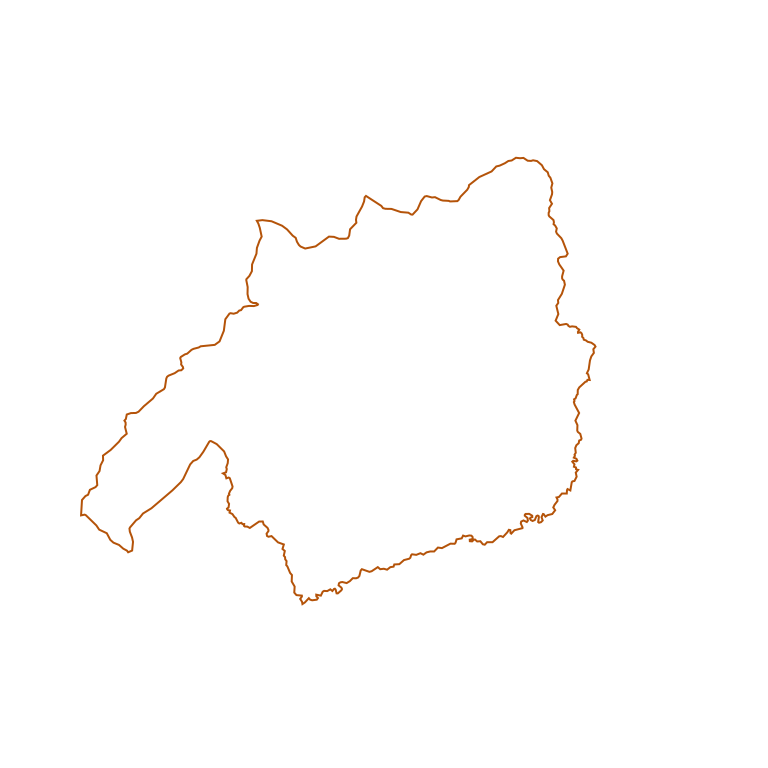 outline of Paime, Cundinamarca, Colombia, rotated 208°
{"feature_id": "7082276B96064980503158", "entity_name": "Paime", "entity_type": "district", "adm_level": 2, "iso_a3": "COL", "parent_name": "Colombia", "parent_adm1": "Cundinamarca", "projection": "orthographic", "projection_center": [-74.184, 5.386], "detail": "fine", "context": "isolated", "style": "outline", "palette": "amber", "viewbox_px": 768, "rotation_deg": 208, "n_neighbors": 0, "source": "geoboundaries", "source_scale": "gbopen_adm2", "svg_char_len": 6154}
<svg xmlns="http://www.w3.org/2000/svg" viewBox="0 0 768 768"><g transform="rotate(208 384 384)"><path d="M589.8,125.8L587.0,128.1L585.7,128.2L571.6,124.1L567.1,121.7L558.7,122.1L552.5,117.9L548.4,116.9L542.4,117.5L536.9,116.2L532.7,116.2L530.9,115.3L528.2,118.7L531.5,126.8L534.4,130.2L539.1,134.3L540.9,136.9L540.9,138.3L538.9,147.3L537.1,150.6L536.0,156.5L531.0,165.1L520.9,190.7L517.3,202.0L516.7,205.8L517.4,222.0L516.3,226.5L513.9,229.3L512.6,232.6L511.7,239.3L511.2,251.0L510.7,252.0L509.8,252.4L503.5,252.4L493.5,249.4L489.5,246.0L486.3,244.2L484.8,240.7L484.2,236.4L482.9,235.1L482.0,231.9L484.2,229.5L481.3,229.2L478.9,226.7L477.2,228.5L475.9,228.4L469.6,222.4L469.1,220.7L469.7,217.4L469.4,214.4L468.5,213.6L469.1,212.4L468.9,210.8L467.1,207.0L464.5,205.4L463.3,202.0L464.1,200.2L463.6,199.7L462.4,199.4L460.6,200.0L460.0,197.9L456.8,198.0L453.5,196.3L452.2,196.2L447.7,193.1L446.3,192.9L444.7,194.5L443.1,193.8L441.7,194.7L441.0,193.0L440.0,192.8L437.8,193.9L434.9,193.9L429.7,203.9L426.5,205.7L424.3,203.5L419.3,202.3L417.5,200.9L417.0,199.9L417.4,196.7L415.9,194.9L414.3,194.9L411.9,196.9L403.2,194.4L397.1,195.3L396.2,190.7L393.2,190.0L391.9,185.4L390.1,184.7L388.9,182.8L386.9,181.9L385.3,178.2L383.7,177.6L378.2,173.1L375.6,172.1L372.8,166.3L367.8,163.2L365.3,157.7L362.2,156.5L357.2,158.6L356.7,157.8L357.1,154.9L354.1,153.2L352.7,151.4L351.3,154.0L349.8,159.6L348.0,158.9L345.9,159.3L342.1,162.0L341.8,164.0L344.1,164.8L344.9,166.2L340.4,167.5L340.6,171.8L339.8,173.2L336.9,174.5L335.0,177.5L332.4,177.0L331.9,179.6L331.3,180.2L330.2,179.8L327.6,176.9L326.5,177.4L324.8,181.8L324.8,183.2L326.0,184.2L329.6,184.9L330.2,186.9L329.4,188.4L327.8,189.6L323.5,190.7L321.6,193.9L320.4,197.9L317.5,199.3L316.1,200.8L315.6,202.9L317.0,208.4L316.6,210.1L308.7,211.3L307.0,212.9L303.5,219.4L300.4,218.7L297.4,220.8L294.1,221.5L292.4,225.3L289.8,227.2L290.2,229.5L285.9,232.1L283.7,237.9L279.7,241.6L279.2,243.0L279.7,245.5L279.3,246.8L275.3,248.3L272.4,251.7L269.1,251.8L267.4,255.3L264.5,257.9L261.1,259.7L259.6,264.9L255.8,266.3L250.4,274.2L246.6,276.1L246.3,277.4L247.0,280.9L242.9,284.2L243.0,287.3L240.5,287.7L237.6,290.3L235.7,291.1L234.2,290.7L233.2,289.4L233.5,288.3L235.2,286.8L234.4,285.5L232.3,286.4L231.5,288.8L230.7,289.4L227.8,288.7L225.1,290.4L221.5,288.9L219.6,289.4L218.7,292.7L213.9,295.3L210.8,303.6L209.4,304.6L207.1,304.8L205.5,310.9L205.3,313.9L203.9,314.3L202.3,311.8L201.4,311.6L200.2,316.1L194.1,321.7L194.4,322.5L197.7,325.0L198.3,326.9L196.8,329.0L193.1,329.2L192.8,330.9L194.5,333.1L197.9,333.8L198.3,334.8L197.9,335.8L194.8,337.5L191.3,337.3L190.6,336.1L191.9,334.8L192.0,333.7L190.5,332.8L188.5,332.8L187.0,334.7L187.4,338.9L186.7,339.9L185.7,340.1L184.8,339.3L183.1,334.5L182.0,334.3L180.5,335.7L179.8,338.0L182.4,340.4L182.6,343.9L182.0,344.1L179.2,342.7L178.0,345.0L174.4,348.2L173.6,352.9L176.6,354.5L176.7,357.5L175.9,362.1L176.6,363.5L178.4,364.8L176.5,366.4L175.5,370.8L171.2,373.1L172.6,376.2L172.6,377.4L169.5,377.5L172.1,385.4L171.9,386.5L170.3,387.8L170.4,392.6L173.1,395.8L172.3,399.3L174.4,398.9L175.3,400.4L177.5,400.1L178.1,402.5L181.3,403.8L180.9,405.0L177.8,406.0L177.3,407.1L179.0,408.3L181.8,408.1L181.7,410.2L182.6,411.1L182.4,413.3L185.1,417.2L185.4,420.3L184.3,423.1L185.1,425.7L183.8,427.4L184.0,428.6L187.3,432.1L190.4,432.7L191.5,433.6L193.9,438.5L197.8,441.5L198.1,450.0L206.0,455.3L207.9,457.2L207.8,458.4L209.0,459.7L208.1,461.2L208.6,464.9L208.2,465.9L210.1,469.7L210.0,472.7L207.2,480.6L206.2,481.4L206.3,483.2L204.3,484.1L208.3,488.4L209.9,488.7L210.1,492.9L213.2,501.5L213.9,505.7L213.3,510.0L215.5,513.0L214.8,516.3L216.4,517.3L220.3,517.8L224.0,516.9L226.2,517.3L228.4,516.9L229.5,518.2L231.2,518.7L232.0,520.4L233.3,521.5L234.7,521.9L236.7,520.3L237.2,521.0L237.1,523.7L239.7,523.9L241.3,524.6L245.0,523.2L246.7,521.8L248.5,521.9L249.7,522.7L251.4,522.5L256.5,518.5L262.2,520.5L262.9,527.6L268.6,534.0L268.2,537.4L269.8,539.8L269.3,547.1L270.9,556.6L273.5,559.7L275.3,560.1L276.4,561.0L277.3,562.7L278.6,568.4L285.4,571.9L288.0,574.0L289.1,576.4L288.1,578.7L283.3,582.1L283.0,585.3L293.5,594.4L295.9,596.0L302.0,598.0L303.6,599.3L304.5,602.5L307.4,604.3L309.3,604.7L309.9,606.6L311.3,608.3L316.8,609.6L317.9,610.4L319.0,612.5L319.1,614.2L320.8,616.9L320.3,622.0L323.8,624.2L324.7,630.4L325.6,632.5L328.5,635.9L329.5,640.2L334.0,644.3L336.3,645.2L338.8,647.8L343.6,648.8L347.3,651.3L353.5,652.7L357.4,651.5L358.9,650.0L362.0,648.6L367.0,649.1L369.9,647.2L373.7,645.7L376.2,641.3L378.9,639.3L380.9,635.7L384.4,631.1L387.0,628.8L388.8,622.2L397.0,611.5L402.3,599.5L401.6,597.7L401.7,594.6L404.4,585.3L404.5,581.5L405.1,579.9L411.4,576.2L412.8,576.1L418.2,573.6L420.3,573.1L426.7,572.9L429.2,571.2L434.5,570.0L436.1,568.6L437.1,562.9L436.4,553.9L438.3,547.0L439.5,546.4L442.9,546.7L449.9,543.7L459.6,542.1L464.9,539.4L467.4,538.8L470.0,540.0L488.2,541.6L488.7,539.8L487.3,535.8L486.7,530.4L486.9,519.0L485.8,515.8L484.1,513.4L486.6,504.7L484.4,498.7L484.4,495.8L485.7,494.5L491.9,491.1L497.3,490.4L501.8,488.3L509.0,473.4L517.2,466.6L522.2,466.2L524.4,466.8L527.7,468.8L530.6,471.6L534.2,472.1L542.2,475.0L548.3,475.9L559.7,474.9L568.3,471.6L572.9,468.4L570.3,466.7L567.0,463.6L561.2,456.7L561.2,452.2L560.1,444.5L557.8,439.2L556.6,427.6L553.6,421.6L553.6,416.2L554.7,411.9L554.4,411.1L549.9,405.6L546.7,399.3L543.6,395.7L540.4,394.0L537.5,394.1L534.9,395.5L532.7,395.2L532.7,394.4L535.5,391.7L539.8,389.6L543.7,386.6L544.3,385.8L544.9,382.1L546.3,380.9L547.1,378.1L549.7,375.5L552.7,374.5L553.5,373.6L554.5,366.7L550.4,355.8L549.2,344.4L551.8,339.1L563.6,331.2L564.7,329.3L568.7,325.6L570.0,323.8L572.0,318.4L573.7,316.7L576.1,312.5L576.1,311.2L573.1,308.0L572.3,306.0L569.5,304.6L568.6,303.5L569.4,301.0L571.7,299.5L573.9,295.3L578.1,290.3L578.9,288.6L578.8,286.7L575.8,278.1L575.9,276.1L580.5,268.5L581.2,262.7L585.6,251.6L587.7,244.3L589.4,242.0L593.8,239.5L596.8,236.3L595.5,231.9L596.0,229.8L594.1,228.7L593.0,226.8L592.5,224.5L587.8,219.3L590.3,213.1L590.9,208.6L594.4,197.4L598.5,188.8L596.2,184.8L596.1,179.1L594.3,173.6L594.9,168.2L589.7,160.1L590.3,157.5L594.0,152.5L593.3,147.3L595.0,144.9L596.2,139.8L589.8,125.8Z" fill="none" stroke="#b45309" stroke-width="2"/></g></svg>